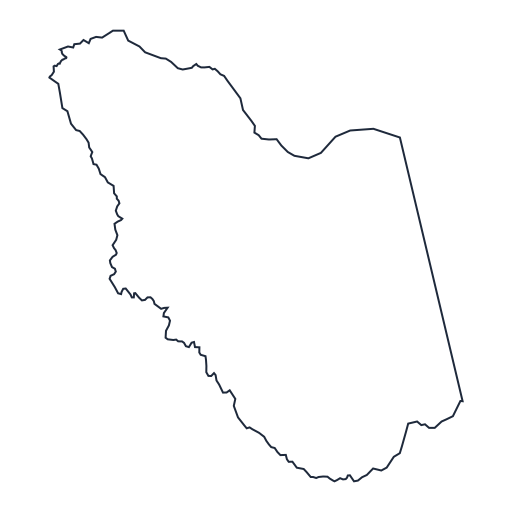 outline of Bamingui, Bamingui-Bangoran, Central African Republic
{"feature_id": "33826404B40726346610529", "entity_name": "Bamingui", "entity_type": "district", "adm_level": 2, "iso_a3": "CAF", "parent_name": "Central African Republic", "parent_adm1": "Bamingui-Bangoran", "projection": "natural_earth1", "projection_center": [19.692, 7.894], "detail": "fine", "context": "isolated", "style": "outline", "palette": "slate", "viewbox_px": 512, "rotation_deg": 0, "n_neighbors": 0, "source": "geoboundaries", "source_scale": "gbopen_adm2", "svg_char_len": 3021}
<svg xmlns="http://www.w3.org/2000/svg" viewBox="0 0 512 512"><path d="M59.9,49.5L60.7,50.0L61.3,50.4L61.8,51.4L61.8,52.5L62.4,54.0L64.1,55.7L65.7,56.7L66.3,57.1L66.4,57.7L66.1,58.2L64.6,58.6L63.4,59.5L62.5,59.6L60.9,61.2L59.7,63.7L59.0,63.4L57.9,64.0L56.6,66.1L54.6,65.7L53.6,66.4L53.9,71.7L51.7,75.1L49.8,76.6L49.4,77.6L55.8,82.1L58.3,83.8L59.9,92.7L62.4,108.1L67.4,111.2L71.0,123.7L76.1,130.1L79.7,131.0L83.1,134.7L86.5,139.2L88.6,142.7L89.2,147.5L90.8,149.8L92.3,152.1L91.7,153.5L90.7,156.3L91.9,158.4L92.8,161.5L93.5,164.1L96.5,164.7L98.8,168.7L100.5,174.1L105.0,177.2L107.8,182.4L113.6,185.9L114.1,193.3L116.8,196.4L116.8,198.7L118.6,200.7L119.4,203.3L117.2,206.4L115.8,210.7L117.2,214.4L118.3,216.2L122.3,218.7L121.0,220.1L117.7,221.6L114.5,223.8L115.3,229.6L117.4,235.2L116.2,239.8L112.6,245.2L114.0,248.1L115.6,250.1L116.7,253.0L116.0,254.7L112.6,256.8L109.9,260.4L110.3,263.1L112.0,267.1L114.9,268.7L115.8,271.6L114.1,274.2L110.6,275.8L109.6,278.8L114.8,287.1L118.1,293.3L121.1,294.1L121.6,291.9L123.2,288.8L125.7,288.5L130.5,294.5L131.8,297.4L133.8,297.4L134.1,293.3L135.3,293.1L139.1,297.7L141.9,300.4L145.0,299.9L147.5,297.4L150.5,297.3L152.4,299.0L153.8,301.1L154.5,303.9L158.3,306.7L161.1,308.8L164.2,307.9L167.6,307.7L166.4,309.4L163.9,313.0L163.4,316.4L168.3,317.4L170.0,320.7L168.9,325.4L166.0,330.8L165.6,337.7L167.7,339.3L173.3,340.0L176.2,339.6L178.1,341.3L180.1,341.4L182.0,341.4L184.0,342.8L185.9,346.2L188.9,347.1L191.6,342.7L194.0,342.0L195.0,347.1L199.4,347.3L199.3,352.5L200.7,354.8L205.5,356.2L206.0,359.9L206.4,366.0L206.3,372.2L208.4,375.9L211.2,376.0L214.0,373.1L215.6,375.1L216.5,380.5L219.1,384.5L223.0,392.6L226.6,392.5L229.7,390.3L235.3,398.9L233.8,405.9L238.0,417.4L244.3,425.4L246.7,428.3L249.6,427.4L252.3,429.2L259.0,432.8L264.2,436.8L266.3,440.8L268.8,444.3L271.2,447.1L274.7,448.0L277.4,452.0L280.4,455.1L285.8,454.9L286.9,459.2L288.7,461.8L292.4,461.7L296.8,467.7L303.7,469.0L306.6,472.1L310.7,477.0L313.1,477.0L316.2,478.0L318.6,477.0L323.2,476.5L327.5,476.7L329.8,478.6L333.1,480.6L334.5,481.3L337.0,480.1L340.1,478.2L343.0,479.4L345.7,479.1L347.0,477.7L347.8,475.5L349.9,475.3L354.0,481.3L357.9,480.6L362.1,477.2L366.8,475.0L373.1,468.5L381.3,470.5L386.7,467.6L393.8,456.8L399.8,453.2L401.8,446.7L405.8,432.5L408.2,423.6L417.1,421.5L421.3,425.1L425.0,424.3L429.1,427.9L434.7,427.9L441.6,421.5L446.5,419.3L452.9,416.2L460.4,401.0L462.6,401.2L399.9,137.5L373.4,128.8L350.2,130.5L335.5,136.7L320.9,152.9L308.4,158.3L294.4,155.8L287.8,152.0L281.4,145.6L276.6,139.2L269.0,139.5L261.5,138.7L258.7,135.2L254.4,132.6L254.9,125.9L251.4,120.9L243.0,110.0L240.4,98.3L227.4,80.7L224.1,75.9L220.4,74.3L217.7,71.3L214.8,68.8L212.6,69.4L209.4,66.9L204.6,67.4L201.1,67.4L197.8,65.8L196.3,64.0L193.2,66.1L191.8,67.8L186.6,68.8L182.7,69.5L177.8,68.2L171.1,61.9L165.8,58.6L160.9,58.2L145.1,52.3L139.5,46.5L128.2,40.6L123.7,30.7L112.9,30.7L102.1,37.6L96.1,36.9L90.6,38.9L88.8,43.2L83.5,40.0L80.0,43.6L74.3,44.2L73.2,47.5L68.0,46.5L59.9,49.5Z" fill="none" stroke="#1e293b" stroke-width="2"/></svg>